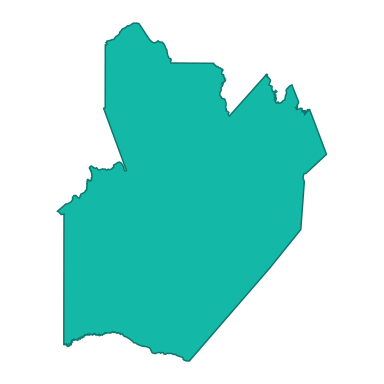 Mitú, Vaupés, Colombia, rotated 180°
{"feature_id": "7082276B74847859536954", "entity_name": "Mitú", "entity_type": "district", "adm_level": 2, "iso_a3": "COL", "parent_name": "Colombia", "parent_adm1": "Vaupés", "projection": "mercator", "projection_center": [-70.077, 0.972], "detail": "fine", "context": "isolated", "style": "filled", "palette": "teal", "viewbox_px": 384, "rotation_deg": 180, "n_neighbors": 0, "source": "geoboundaries", "source_scale": "gbopen_adm2", "svg_char_len": 5936}
<svg xmlns="http://www.w3.org/2000/svg" viewBox="0 0 384 384"><g transform="rotate(180 192 192)"><path d="M278.7,339.1L278.8,276.4L280.4,275.7L257.5,213.5L258.6,212.9L259.3,213.3L260.0,214.6L260.0,215.3L261.2,218.6L262.9,221.1L264.4,221.9L266.3,221.5L267.9,220.2L269.9,219.3L270.5,218.3L270.4,216.5L271.7,216.0L272.3,214.8L275.1,214.4L275.9,214.8L277.3,213.7L279.0,215.0L280.1,214.7L281.3,215.2L284.0,214.1L284.9,214.0L286.1,214.6L287.5,216.2L288.6,215.7L289.5,215.9L291.9,217.6L292.9,218.0L293.4,217.7L294.5,216.5L294.6,215.8L294.0,215.3L294.0,214.4L292.8,213.1L293.1,212.7L292.3,211.2L292.4,210.3L292.0,209.1L292.2,208.2L291.8,207.4L292.1,206.8L292.7,206.2L292.4,204.6L292.7,204.7L292.9,203.7L293.4,203.6L293.6,203.1L294.0,202.9L294.3,203.5L296.2,204.6L296.6,204.3L296.8,203.5L296.4,202.8L297.0,202.4L296.7,201.1L297.2,200.4L296.8,200.1L297.1,199.5L296.8,198.9L297.2,197.9L297.3,194.2L298.5,193.4L298.9,192.4L299.8,191.4L302.9,190.0L303.7,188.5L304.2,186.4L304.6,185.9L305.9,186.2L308.1,188.5L309.9,188.6L311.6,186.3L311.3,184.6L312.9,182.1L316.5,180.1L318.1,180.0L326.5,172.8L325.3,172.3L323.0,169.5L321.6,169.6L320.0,170.1L320.2,38.8L319.9,39.7L319.4,39.4L318.9,40.0L318.5,39.9L317.9,39.1L317.5,39.7L316.8,38.1L316.3,38.8L316.3,38.1L316.0,37.6L314.5,38.2L314.2,38.4L314.2,39.3L313.7,39.3L314.2,39.9L312.7,39.8L312.6,40.4L313.4,40.3L313.0,40.8L313.0,41.4L312.5,41.6L312.9,41.7L312.4,43.3L311.8,42.8L311.5,43.2L311.7,43.4L311.5,44.0L310.9,43.8L310.5,44.4L310.4,43.9L310.1,44.1L309.8,43.9L309.6,44.4L309.0,44.6L308.6,44.5L308.2,44.0L307.5,44.2L306.6,43.8L306.3,44.4L305.7,44.3L305.7,44.9L305.4,44.7L305.4,45.4L305.1,45.1L304.7,45.5L304.3,45.3L304.5,45.8L303.6,46.4L303.4,45.9L302.9,46.8L302.3,46.7L302.4,46.1L302.0,46.1L301.9,46.7L301.3,46.8L301.7,47.0L301.6,47.3L301.1,47.4L300.6,48.0L300.0,47.8L299.5,48.4L299.2,48.4L299.3,48.8L298.8,48.8L298.9,49.1L298.3,49.0L297.6,49.3L297.0,49.0L296.4,49.7L296.4,49.1L295.2,49.0L294.6,49.2L294.5,49.6L294.2,49.1L293.1,49.7L291.6,49.1L291.7,49.6L291.1,49.7L290.9,49.5L290.3,50.2L289.9,50.0L290.0,50.4L289.7,50.5L289.3,50.4L289.2,49.9L288.7,50.0L288.3,49.2L287.9,49.3L287.8,49.0L286.1,48.9L285.9,49.3L285.2,48.8L285.3,49.4L284.8,49.0L284.3,49.5L283.9,49.1L283.5,49.3L283.8,48.9L283.5,48.7L282.9,49.4L281.8,48.8L280.7,49.8L280.3,49.7L280.0,50.2L279.5,50.3L279.6,50.7L278.8,51.4L278.5,51.4L278.6,51.0L277.9,51.0L277.8,50.7L275.6,51.4L274.6,50.9L272.8,51.2L271.7,52.4L270.8,51.7L270.1,52.0L270.1,51.7L269.5,51.8L269.2,51.5L268.8,51.8L267.0,50.7L266.3,51.2L265.5,50.9L265.1,51.1L263.5,49.7L263.1,50.5L262.6,50.1L261.8,50.2L261.5,49.6L261.1,49.5L260.9,48.7L259.4,47.4L258.8,47.5L256.3,46.4L255.7,45.7L254.4,45.1L251.4,42.7L250.3,41.3L248.4,41.1L247.2,40.1L244.0,38.6L241.1,37.7L237.6,37.4L235.1,36.5L233.8,35.5L232.1,31.6L230.4,30.7L228.5,30.4L227.4,31.2L225.3,31.5L224.0,31.3L223.3,30.8L222.4,31.4L221.3,31.5L220.7,31.1L220.2,30.1L219.3,29.8L218.5,29.8L216.6,30.7L214.6,30.5L213.1,30.7L210.4,29.5L208.3,29.7L207.9,29.5L207.7,28.7L201.1,26.5L200.8,24.7L200.4,24.2L198.1,23.2L194.7,23.0L114.3,115.9L83.2,154.5L79.7,202.1L79.9,203.3L80.9,205.5L81.0,206.2L80.2,209.8L79.8,210.4L77.9,210.7L57.5,229.7L74.4,274.5L76.1,274.3L75.5,273.6L76.1,272.9L76.6,273.3L77.3,273.0L77.4,271.9L77.9,272.0L78.3,272.7L79.0,272.4L79.0,272.0L78.3,271.4L78.2,270.7L79.3,269.4L79.4,269.7L78.9,270.6L79.3,271.0L80.3,271.2L80.1,272.2L80.4,272.6L79.9,273.1L80.9,272.9L80.9,273.3L81.4,273.4L82.2,272.7L82.1,274.0L81.8,275.0L82.1,275.6L83.5,275.7L85.3,274.9L86.3,274.7L87.0,274.8L87.5,274.5L87.6,275.3L87.3,275.8L87.8,276.2L86.9,276.1L87.4,277.3L87.2,277.6L86.6,277.3L86.8,278.5L86.5,278.7L86.6,279.6L85.6,280.5L85.4,282.1L92.1,299.0L94.3,298.0L97.6,294.6L97.9,292.9L97.4,291.9L97.5,290.5L98.7,288.0L98.7,286.6L99.3,284.1L100.8,283.4L102.6,281.5L103.1,281.4L103.8,280.8L104.7,280.9L105.5,281.6L105.5,281.1L106.4,281.0L106.0,281.5L106.4,281.7L107.2,281.1L107.7,281.1L108.8,282.4L108.2,283.0L108.7,283.2L109.0,284.1L109.4,284.2L108.9,284.6L108.8,285.2L108.5,285.0L108.2,285.4L107.7,285.1L107.7,285.7L108.4,285.8L108.8,285.6L109.6,286.7L109.2,286.9L108.8,287.6L108.6,287.1L108.2,286.9L108.3,287.8L109.0,287.9L109.0,288.7L108.3,288.6L108.2,289.0L109.2,289.2L109.5,288.9L110.1,289.8L109.9,290.4L108.2,291.3L107.2,292.3L108.1,293.4L108.4,292.4L109.7,292.7L110.6,292.1L111.4,292.7L112.2,295.0L111.9,297.5L112.5,298.0L113.5,298.0L114.0,298.6L114.9,299.0L113.5,303.9L115.2,306.0L116.5,306.8L117.7,308.3L117.8,308.8L116.7,308.2L117.0,308.8L116.7,309.5L117.4,309.7L154.6,268.0L155.8,269.3L155.8,270.1L155.2,270.8L155.3,271.6L156.2,272.5L157.8,273.1L158.1,273.6L157.6,274.6L158.2,276.0L158.4,277.5L157.9,278.6L158.0,281.1L159.2,284.9L162.3,285.7L163.1,287.5L163.9,288.3L164.2,289.5L164.1,291.4L162.7,293.9L163.0,294.8L162.8,295.5L163.1,296.3L161.7,297.9L161.2,299.0L161.1,299.8L161.8,299.8L161.5,300.1L161.7,300.9L161.0,300.8L161.1,301.2L160.5,301.3L159.8,302.5L159.1,302.6L159.2,303.4L158.9,303.5L159.3,303.9L158.9,304.5L159.3,304.4L159.3,304.9L159.8,305.6L159.4,306.3L159.8,306.5L160.3,307.7L160.7,308.1L160.2,308.7L160.8,309.4L161.7,309.5L162.3,310.3L162.2,312.8L161.6,312.9L161.2,313.4L161.1,314.4L161.6,314.8L162.5,314.9L163.4,316.0L165.0,316.1L166.2,317.5L167.7,317.3L168.3,318.6L169.3,319.0L169.7,319.7L170.4,320.0L170.4,320.7L213.0,321.0L213.4,323.0L212.9,323.8L213.0,324.9L213.3,325.4L214.6,325.7L215.4,326.3L215.4,327.2L216.1,328.2L216.6,330.0L217.2,334.1L218.2,335.6L219.4,338.9L220.6,340.7L222.0,341.9L224.2,341.9L225.8,343.1L226.5,343.0L227.0,342.1L228.0,341.8L229.0,341.1L230.5,341.2L232.4,342.4L234.7,344.7L244.8,360.1L245.6,360.5L246.9,360.7L247.1,361.0L248.5,360.7L250.7,360.9L254.2,358.4L256.6,358.1L258.6,356.3L261.3,355.2L262.3,354.3L263.0,353.0L264.0,352.2L264.6,350.1L266.1,348.6L267.8,347.7L269.1,346.2L269.8,344.7L270.4,344.5L272.2,344.4L273.1,343.7L274.8,343.5L275.3,343.0L276.9,343.1L277.5,341.8L278.1,341.2L277.0,340.2L277.0,339.4L277.7,339.1L278.7,339.1Z" fill="#14b8a6" stroke="#0f766e" stroke-width="1.5"/></g></svg>